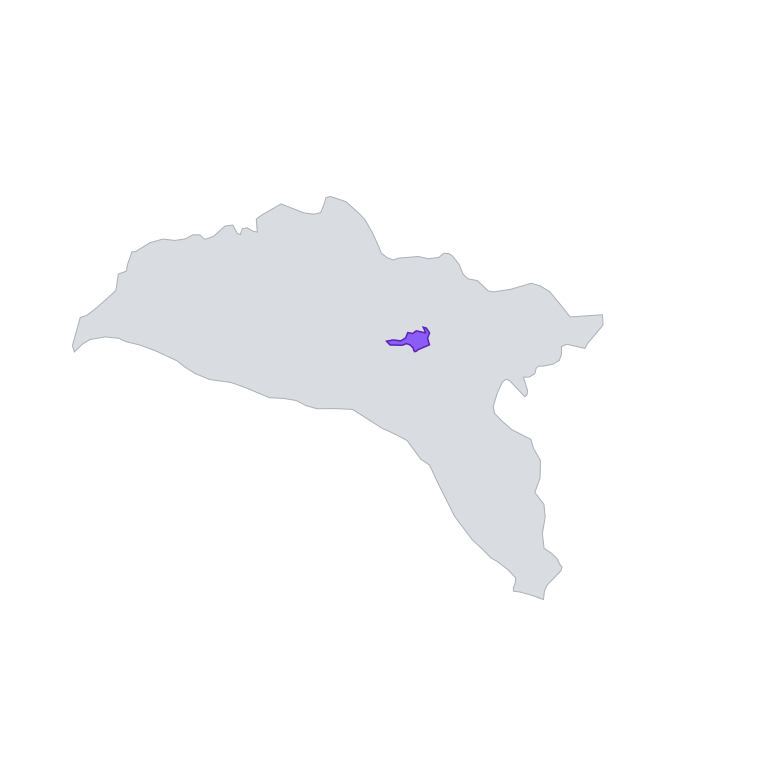 Chişinău highlighted on a map of Moldova, rotated 318°
{"feature_id": "MDA-1627", "entity_name": "Chişinău", "entity_type": "City", "adm_level": 1, "iso_a3": "MDA", "parent_name": "Moldova", "parent_adm1": "", "projection": "albers", "projection_center": [28.832, 47.05], "detail": "fine", "context": "in_parent", "style": "filled", "palette": "violet", "viewbox_px": 768, "rotation_deg": 318, "n_neighbors": 0, "source": "natural_earth", "source_scale": "10m", "svg_char_len": 2309}
<svg xmlns="http://www.w3.org/2000/svg" viewBox="0 0 768 768"><g transform="rotate(318 384 384)"><path d="M175.4,153.0L178.1,147.0L202.8,131.3L208.9,134.1L221.6,135.1L247.3,135.1L260.2,124.5L267.9,127.7L274.4,123.0L285.1,117.1L286.6,118.4L287.9,119.4L304.3,122.3L316.6,128.3L324.7,137.4L333.2,143.1L342.0,145.4L346.8,149.9L347.7,156.7L355.9,160.2L371.4,160.2L378.0,164.7L375.6,173.8L377.1,176.8L382.7,173.7L386.8,176.4L389.0,183.1L391.5,186.3L399.5,175.9L407.8,176.9L428.0,181.3L438.9,203.1L445.6,211.0L451.6,214.2L459.1,210.7L465.6,206.7L469.5,208.6L477.7,223.0L479.7,241.9L479.7,249.5L476.9,262.4L472.8,276.1L469.5,285.0L470.9,292.2L473.9,298.1L478.8,300.1L494.7,312.1L500.7,320.5L509.4,326.6L515.9,326.9L519.4,330.4L520.6,334.6L519.8,345.4L516.2,355.6L516.8,362.0L522.6,369.7L523.3,378.6L523.8,384.4L526.9,388.8L541.7,398.5L560.9,407.7L565.8,415.8L568.9,426.1L568.2,443.5L567.2,458.7L592.6,478.7L589.8,482.5L586.0,486.8L562.0,490.2L557.1,492.0L546.5,476.8L541.0,474.9L535.9,480.6L530.0,483.8L522.7,482.3L514.9,477.6L510.9,474.3L507.8,474.0L502.9,477.3L496.5,476.0L492.2,472.2L486.2,485.2L482.5,488.0L480.1,487.6L479.6,465.5L477.8,462.2L473.0,461.7L461.3,467.0L450.2,473.8L446.5,479.8L446.9,490.7L448.5,503.7L456.1,523.4L452.0,532.0L449.0,545.7L437.0,558.3L423.5,565.6L422.3,580.5L414.7,590.8L401.7,601.0L393.0,613.2L395.2,621.7L395.7,629.7L394.1,635.1L393.8,639.3L390.4,641.2L370.5,642.6L364.8,645.1L358.3,650.9L352.3,639.7L346.1,629.9L341.6,624.6L343.5,622.2L348.5,619.6L352.1,616.3L351.8,604.7L349.3,591.3L347.0,584.8L346.8,574.7L345.3,558.9L347.9,529.7L358.0,493.0L363.6,474.8L361.0,464.8L363.3,441.4L359.1,429.8L352.7,414.7L343.6,381.8L332.0,370.3L317.7,357.6L311.6,348.0L307.7,337.5L299.2,327.0L289.6,317.4L278.3,293.4L272.4,282.5L270.6,279.6L257.5,264.1L250.8,250.2L247.5,238.8L245.7,228.3L236.8,207.4L228.7,191.7L220.9,180.4L217.4,172.5L208.3,162.4L195.2,154.2L186.6,152.6L175.4,153.0Z" fill="#d9dde1" stroke="#a8b0b8" stroke-width="1"/><path d="M436.1,361.7L439.1,365.7L443.5,366.0L449.0,373.7L450.2,371.3L451.1,368.0L452.9,370.8L452.0,376.6L447.1,379.0L444.0,385.3L432.3,381.3L430.2,381.3L428.4,380.5L428.7,378.6L429.8,376.8L429.5,372.2L427.7,369.1L423.3,367.3L414.6,359.0L414.5,353.9L420.2,357.3L425.4,363.2L430.9,364.2L436.1,361.7Z" fill="#8b5cf6" stroke="#5b21b6" stroke-width="1.5"/></g></svg>